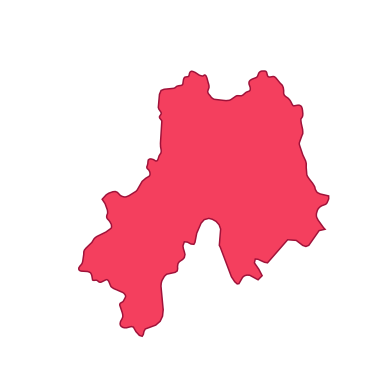 Trento, Albers equal-area conic projection, rotated 155°
{"feature_id": "ITA-5460", "entity_name": "Trento", "entity_type": "Province", "adm_level": 1, "iso_a3": "ITA", "parent_name": "Italy", "parent_adm1": "", "projection": "albers", "projection_center": [11.175, 46.106], "detail": "fine", "context": "isolated", "style": "filled", "palette": "rose", "viewbox_px": 384, "rotation_deg": 155, "n_neighbors": 0, "source": "natural_earth", "source_scale": "10m", "svg_char_len": 4742}
<svg xmlns="http://www.w3.org/2000/svg" viewBox="0 0 384 384"><g transform="rotate(155 192 192)"><path d="M300.3,84.3L301.8,89.1L302.2,94.3L303.8,95.7L308.7,96.6L310.5,97.4L311.8,98.4L312.3,99.1L312.8,99.8L313.1,100.6L313.2,101.7L312.9,102.9L311.8,104.5L310.9,105.3L309.3,106.4L308.1,107.5L307.5,108.1L307.1,108.9L306.6,110.2L306.2,112.1L305.3,119.9L304.9,120.8L304.0,121.5L301.0,121.8L300.2,122.2L296.9,124.7L296.3,125.4L296.0,126.4L296.2,128.0L296.6,129.2L297.1,130.1L303.7,137.5L304.6,138.9L305.0,139.7L305.4,140.5L305.4,141.9L305.2,146.2L305.5,147.6L306.1,148.5L306.9,148.8L307.9,148.8L312.2,148.7L313.1,148.9L313.8,149.3L314.4,149.9L315.1,151.5L315.6,152.2L316.3,152.7L318.1,153.3L318.8,153.7L319.2,154.1L319.3,154.3L318.1,158.7L318.0,160.2L318.1,161.5L318.5,162.3L319.0,162.9L320.3,164.1L325.8,167.1L326.4,167.6L326.9,168.2L327.3,169.1L327.2,170.1L326.6,171.1L324.9,172.2L322.6,173.2L321.5,174.0L320.3,175.4L316.5,181.2L315.7,182.8L315.1,183.8L314.1,184.8L311.9,185.9L304.1,188.6L300.5,191.0L298.8,191.6L296.8,191.9L286.9,192.1L281.2,193.2L280.2,193.6L279.5,194.7L278.8,196.8L279.0,199.8L279.3,201.3L280.0,203.4L280.1,204.4L279.9,205.5L279.0,206.9L277.5,208.3L276.9,209.6L276.3,211.5L275.7,218.2L276.5,223.4L270.9,225.7L268.0,226.1L263.7,225.7L261.9,225.1L261.1,224.7L260.6,224.1L260.0,223.5L259.6,222.7L258.5,219.4L258.4,219.2L257.4,217.8L256.2,216.7L255.6,216.2L254.8,215.8L253.9,215.5L252.9,215.4L250.6,215.3L242.4,216.3L240.8,217.0L232.7,222.7L228.1,224.0L224.1,224.4L223.2,225.0L222.4,225.9L221.8,227.9L221.8,229.2L221.9,230.3L222.6,232.0L222.7,232.8L222.4,233.8L221.2,235.0L220.1,236.3L218.9,238.4L218.1,239.5L216.7,239.8L215.8,239.6L214.9,239.1L213.6,238.0L213.0,237.4L212.6,236.7L212.2,236.0L211.7,235.4L210.9,235.1L210.1,235.2L209.4,235.7L208.8,236.2L206.5,238.7L203.7,240.5L202.9,241.5L202.2,243.1L201.4,246.2L200.0,249.5L189.7,268.4L189.3,269.3L189.5,270.6L190.0,272.6L189.9,273.5L189.5,274.2L187.5,275.4L186.8,276.0L186.4,276.8L186.5,278.1L187.0,281.1L186.9,282.0L186.8,282.9L180.2,294.3L177.1,297.1L173.9,296.9L165.0,293.8L164.0,293.6L163.1,293.7L161.3,294.2L160.1,294.1L158.7,293.8L156.6,293.1L155.6,293.2L154.7,293.7L152.4,297.2L151.8,297.9L151.2,298.5L150.5,298.9L149.8,299.1L146.7,298.2L145.9,298.5L145.3,299.0L144.3,300.4L143.7,301.0L143.0,301.5L142.2,301.7L141.2,301.6L140.0,300.6L138.5,298.9L136.0,294.8L134.4,293.3L133.2,292.5L131.3,292.8L130.6,292.3L130.2,291.2L130.3,288.9L131.2,283.9L131.3,282.8L131.5,282.0L131.7,281.1L132.1,280.2L132.5,279.4L134.9,277.0L135.4,276.3L135.6,275.2L135.5,273.7L134.8,271.2L134.5,269.5L133.6,267.8L132.8,266.7L125.7,262.3L122.5,260.4L119.9,259.5L119.2,259.3L117.6,259.3L111.8,260.3L110.8,260.3L109.9,260.0L107.6,258.8L106.8,258.4L105.8,258.3L104.8,258.4L101.3,259.4L100.3,259.5L97.4,259.3L96.6,259.5L96.0,260.1L95.6,260.8L95.2,261.7L95.0,262.6L94.8,264.7L94.7,265.7L94.4,266.5L94.0,267.3L93.4,268.0L92.6,268.4L91.8,268.7L89.8,268.9L85.4,268.6L84.5,268.8L83.7,269.2L81.3,271.5L80.6,271.9L79.7,272.2L78.9,272.3L77.9,272.2L76.2,271.5L74.6,270.7L74.0,270.0L73.8,268.9L74.4,265.7L74.3,264.5L73.5,263.6L72.6,263.2L69.6,262.4L68.9,261.9L68.4,261.3L67.8,260.1L66.2,253.7L65.1,250.7L65.1,249.5L65.2,247.9L66.0,245.3L67.2,242.8L67.4,241.8L67.4,240.6L66.8,239.0L65.3,236.5L65.0,235.6L64.7,234.7L64.5,233.8L64.3,232.6L64.2,229.2L64.0,228.1L63.8,227.4L63.2,227.0L59.5,226.0L58.6,225.6L57.9,225.2L57.4,224.5L56.9,223.8L56.7,222.9L56.8,221.3L57.3,219.4L58.5,216.0L59.4,214.4L60.2,213.5L62.5,212.1L63.2,210.5L64.0,207.9L65.3,202.0L66.2,199.6L67.0,198.0L68.3,196.9L73.6,191.6L74.1,190.9L74.5,190.2L74.8,188.7L75.9,178.8L75.9,172.2L76.2,170.5L76.5,169.3L78.1,166.0L80.7,159.0L80.7,157.2L80.3,154.5L79.0,148.9L78.7,146.4L78.6,144.5L78.9,143.5L79.1,142.5L79.1,141.4L78.9,139.4L78.6,138.5L76.7,136.1L69.8,130.7L71.0,128.0L74.1,125.2L75.2,124.6L76.2,124.4L80.3,124.7L82.4,124.4L84.0,123.8L84.8,123.4L86.1,122.4L87.9,120.4L88.5,119.6L89.1,118.4L89.5,117.4L89.7,116.3L89.6,113.2L88.2,105.7L87.8,103.8L87.2,102.0L93.1,103.3L108.7,94.3L111.8,94.5L114.2,96.8L118.0,104.1L125.5,108.3L153.5,95.9L156.0,97.7L160.7,103.2L163.0,104.5L165.4,101.4L164.1,93.8L163.8,86.5L169.2,84.5L174.9,92.2L177.4,93.5L179.8,93.9L182.2,93.3L188.2,89.1L189.9,89.6L191.2,92.6L192.1,98.5L189.7,130.1L189.8,132.1L181.7,146.3L181.3,150.9L182.6,155.2L185.1,158.7L187.9,161.0L192.6,161.8L197.0,159.9L205.1,152.7L210.6,145.1L212.4,143.8L214.9,145.3L217.3,148.5L220.0,150.1L223.0,147.0L223.8,144.1L224.2,141.1L224.8,138.3L226.7,135.8L228.7,134.9L232.9,134.2L234.9,133.1L236.5,130.8L237.5,128.4L238.8,126.7L241.2,126.3L249.7,128.2L252.6,127.3L256.7,124.4L258.4,122.4L259.9,119.8L267.9,97.4L271.2,91.9L275.5,88.3L281.1,86.7L292.2,87.6L294.5,85.9L296.3,83.5L298.1,82.3L300.3,84.3Z" fill="#f43f5e" stroke="#9f1239" stroke-width="1.5"/></g></svg>